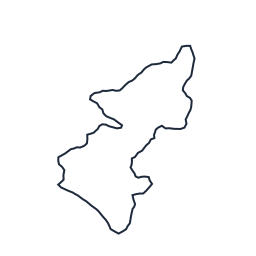 the district of Caparaó, Minas Gerais, Brazil, rotated 114°
{"feature_id": "56859067B87731817082401", "entity_name": "Caparaó", "entity_type": "district", "adm_level": 2, "iso_a3": "BRA", "parent_name": "Brazil", "parent_adm1": "Minas Gerais", "projection": "robinson", "projection_center": [-41.952, -20.531], "detail": "fine", "context": "isolated", "style": "outline", "palette": "slate", "viewbox_px": 256, "rotation_deg": 114, "n_neighbors": 0, "source": "geoboundaries", "source_scale": "gbopen_adm2", "svg_char_len": 2100}
<svg xmlns="http://www.w3.org/2000/svg" viewBox="0 0 256 256"><g transform="rotate(114 128 128)"><path d="M126.5,99.8L123.8,101.4L120.9,101.6L118.1,101.9L115.5,100.7L112.2,98.0L113.1,93.5L111.4,90.2L110.2,86.1L108.7,82.4L107.5,79.6L104.7,76.6L100.4,76.3L96.7,78.8L92.8,78.6L89.1,78.6L86.4,78.3L83.2,78.8L79.9,79.9L77.0,81.0L75.3,83.6L74.9,87.2L72.9,89.9L71.3,93.2L68.2,94.2L64.5,94.0L60.7,93.5L57.7,92.2L54.5,91.5L50.3,92.5L46.3,93.5L41.4,94.7L37.4,95.5L34.8,97.9L32.6,99.8L30.5,102.1L27.7,104.6L29.1,107.9L31.7,111.9L36.8,112.0L41.4,112.7L45.0,112.6L47.9,114.0L50.6,114.9L51.9,119.2L53.3,122.7L55.8,124.7L58.2,128.3L60.2,132.1L63.0,134.3L65.7,136.3L68.1,137.3L71.8,138.3L75.6,140.6L80.1,142.0L82.9,143.4L85.7,146.0L89.7,147.9L94.2,149.5L97.1,150.9L98.8,153.9L99.6,157.7L101.3,160.2L103.0,162.8L104.3,166.3L106.8,168.3L109.7,172.8L113.8,175.1L117.3,174.3L117.7,170.8L118.0,166.3L120.7,162.5L121.5,159.0L124.6,156.4L126.1,152.6L126.0,147.9L125.8,144.4L126.9,139.6L127.9,134.6L130.5,134.4L132.8,137.9L133.6,142.9L134.1,146.0L133.9,149.5L135.1,153.0L137.8,155.0L141.1,155.2L143.5,156.3L146.2,157.4L148.1,159.4L150.7,162.5L154.9,160.5L158.8,159.3L162.2,160.8L165.4,163.9L166.4,166.9L168.7,169.0L170.6,171.6L173.5,173.2L177.0,175.2L180.0,177.4L183.0,179.7L186.1,178.5L189.2,176.3L190.4,172.3L192.4,169.0L197.4,167.8L201.4,165.8L204.6,167.1L208.1,168.7L209.5,165.0L209.6,159.7L209.6,155.7L209.4,152.6L209.8,149.5L210.1,146.0L210.8,143.1L211.5,139.9L211.9,136.5L212.8,133.3L213.7,130.4L214.4,127.0L215.1,123.7L216.1,120.9L217.7,117.8L219.5,114.2L221.0,110.8L222.9,107.8L225.0,105.3L227.4,102.8L227.9,98.6L228.3,93.7L224.9,91.0L221.3,88.6L217.7,88.4L214.4,87.6L211.0,88.4L208.2,89.2L203.7,90.2L200.0,90.9L197.4,90.3L194.6,90.6L191.4,93.7L187.5,96.6L185.0,93.5L183.2,90.8L181.7,87.5L178.0,85.9L173.3,84.4L169.3,83.3L167.1,86.8L164.4,89.1L165.5,92.8L167.1,95.9L169.2,98.3L169.1,101.4L166.8,103.6L164.9,106.8L163.0,109.6L159.9,109.8L157.2,110.7L154.3,112.1L151.6,109.8L146.7,108.8L143.0,105.9L139.6,105.1L136.4,104.3L133.0,102.7L129.1,102.5L126.5,99.8Z" fill="none" stroke="#1e293b" stroke-width="2"/></g></svg>